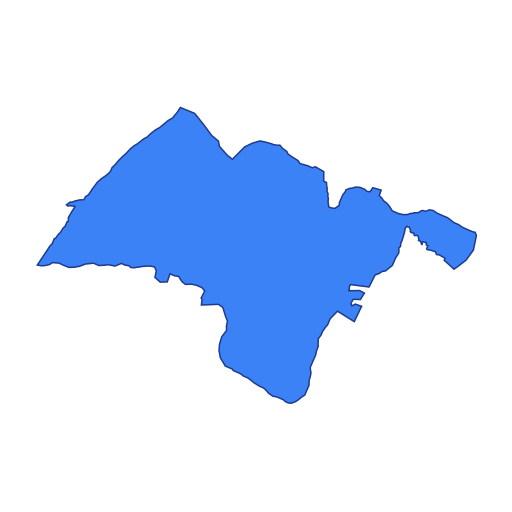 Shendam, Plateau, Nigeria (Mercator projection), rotated 116°
{"feature_id": "59680162B53080807091718", "entity_name": "Shendam", "entity_type": "district", "adm_level": 2, "iso_a3": "NGA", "parent_name": "Nigeria", "parent_adm1": "Plateau", "projection": "mercator", "projection_center": [9.53, 8.741], "detail": "fine", "context": "isolated", "style": "filled", "palette": "blue", "viewbox_px": 512, "rotation_deg": 116, "n_neighbors": 0, "source": "geoboundaries", "source_scale": "gbopen_adm2", "svg_char_len": 4503}
<svg xmlns="http://www.w3.org/2000/svg" viewBox="0 0 512 512"><g transform="rotate(116 256 256)"><path d="M360.0,448.6L359.0,444.9L357.2,441.6L354.1,437.8L351.1,435.9L350.0,433.0L348.8,430.1L348.7,426.1L348.5,422.1L348.3,419.2L345.1,413.3L344.1,412.4L343.0,410.5L340.0,407.6L337.9,405.7L336.8,403.8L333.7,399.0L333.4,393.0L330.2,387.2L329.2,386.2L328.1,383.3L326.9,378.4L321.7,373.7L321.6,369.7L320.4,365.8L321.3,363.7L320.2,360.8L317.0,356.0L314.9,353.1L313.8,351.2L311.7,347.3L310.5,343.4L310.5,342.1L313.2,339.0L319.5,337.5L319.8,336.5L321.5,330.7L318.2,324.4L309.7,325.5L309.5,320.5L308.3,316.6L308.3,316.3L310.0,313.9L311.6,311.0L312.4,306.9L309.6,301.6L308.4,296.7L308.1,290.8L309.9,286.7L317.9,286.9L318.7,285.4L324.0,283.6L315.9,268.6L316.7,263.6L317.6,262.5L324.2,256.3L327.0,253.1L331.9,251.9L333.8,250.9L335.7,249.8L339.6,250.6L343.6,251.4L351.4,250.1L354.4,248.9L354.7,248.8L357.2,247.8L360.0,245.7L362.9,243.6L363.8,242.5L365.6,239.5L368.4,235.4L368.2,232.4L368.1,229.4L368.0,227.6L368.0,227.4L368.9,226.4L368.8,223.4L368.6,218.5L369.4,214.5L369.2,209.5L370.0,205.5L370.8,202.5L371.5,195.5L371.3,191.5L372.1,188.5L373.9,184.4L374.6,179.4L374.1,177.4L373.5,175.5L373.3,170.5L373.2,168.5L374.0,165.5L373.9,162.5L372.8,159.6L370.7,157.7L369.7,156.7L366.7,154.9L362.7,153.1L359.6,151.2L355.7,151.4L351.8,151.6L348.9,151.7L344.1,153.9L342.1,154.0L337.3,155.2L332.5,158.4L330.5,158.5L325.8,158.7L325.6,158.7L318.8,159.0L313.9,160.2L310.0,160.4L308.1,161.5L303.3,163.7L298.4,162.9L294.5,163.1L289.5,162.3L286.5,161.5L282.6,161.7L279.7,161.8L269.9,158.6L271.9,138.9L259.4,139.0L259.2,139.0L254.9,139.0L255.7,145.7L258.8,147.9L257.0,149.9L252.3,149.7L249.4,143.1L241.8,142.3L241.6,147.7L246.5,157.3L245.2,157.4L243.2,158.5L240.3,158.6L234.3,140.8L220.8,140.6L217.8,137.7L214.7,135.9L212.6,133.0L210.6,132.1L204.6,129.3L200.7,129.5L196.8,129.7L190.9,129.0L188.0,130.1L186.1,131.2L184.1,130.3L181.2,131.4L178.3,131.5L169.5,132.9L165.6,134.1L163.2,133.4L163.5,133.0L162.8,131.1L165.3,128.1L166.3,128.2L167.0,126.6L166.3,124.8L166.4,123.9L167.9,123.1L168.1,122.3L166.7,120.0L166.9,119.3L169.6,116.9L170.7,116.8L170.9,116.1L170.5,115.2L171.6,113.3L172.7,112.7L172.9,111.9L172.2,111.9L171.1,112.8L170.2,112.4L169.4,108.8L171.4,107.9L171.4,106.0L174.5,105.9L175.3,105.0L174.2,101.7L173.9,99.1L173.5,96.6L175.6,94.4L174.7,92.1L174.8,90.5L175.1,85.2L177.4,84.9L178.3,81.6L179.8,76.4L181.1,72.3L176.2,69.6L167.7,65.4L155.4,63.2L140.9,66.9L138.6,69.5L139.2,71.6L139.4,74.6L139.5,77.5L139.7,82.5L139.0,87.5L139.1,90.5L139.2,92.5L138.9,94.2L138.4,96.5L137.6,100.5L137.7,102.5L137.8,104.5L138.0,108.5L138.1,112.4L137.4,116.5L138.5,120.4L140.6,122.3L141.6,123.2L141.7,125.2L142.7,127.2L145.8,129.0L147.9,132.9L148.9,133.8L150.0,135.8L152.1,137.7L154.2,141.6L155.4,146.5L155.6,150.5L155.7,153.4L154.5,155.2L153.0,157.5L151.2,161.6L150.4,165.6L148.6,168.7L147.7,171.7L141.9,172.4L143.4,181.0L148.2,181.6L149.3,184.6L148.4,187.6L148.6,190.6L148.7,192.5L149.8,195.5L150.9,197.4L152.9,199.3L154.0,201.3L155.0,202.2L157.0,204.1L159.0,204.0L163.0,204.8L165.9,204.7L167.9,204.6L171.8,204.4L173.7,203.4L175.7,204.3L178.7,206.1L179.9,210.0L180.0,212.0L177.1,214.1L175.2,215.2L172.3,216.3L171.4,217.4L168.5,218.5L166.6,220.6L163.7,221.7L162.8,222.7L159.0,224.9L159.1,227.9L153.1,230.8L150.5,232.0L150.0,238.7L149.7,241.7L152.0,244.1L152.1,247.1L152.2,249.1L153.6,256.9L153.6,257.0L151.8,260.0L151.1,267.0L150.3,272.0L148.5,274.1L147.7,279.1L145.9,283.2L147.0,285.1L148.2,289.0L148.3,291.0L149.4,297.0L149.6,297.9L150.8,302.8L153.4,305.7L156.5,309.0L162.9,314.0L179.4,319.6L178.0,326.1L173.4,337.1L169.2,340.1L167.1,348.7L160.9,360.5L154.7,373.7L155.7,389.1L161.6,389.8L164.6,390.6L168.6,391.5L172.6,394.3L176.6,396.1L182.6,398.8L186.7,401.6L192.1,404.3L196.9,406.0L199.9,408.3L204.6,410.5L207.0,411.7L210.6,414.0L214.2,415.7L221.3,417.9L223.7,419.0L225.3,419.6L230.2,421.3L234.9,422.4L239.7,424.1L243.6,423.9L245.8,424.5L249.5,426.1L250.5,426.7L252.4,427.8L254.5,429.0L256.8,429.9L258.4,430.6L259.5,431.0L264.6,431.9L266.7,432.4L270.6,432.9L274.4,433.4L277.5,435.3L279.4,435.2L281.0,435.5L282.8,439.0L285.8,442.7L288.2,444.9L288.8,446.2L289.0,446.7L291.0,447.7L293.0,448.8L293.6,447.3L292.1,444.6L291.0,441.3L290.7,440.3L291.7,440.4L297.8,441.1L303.7,441.5L307.1,439.9L308.1,440.8L313.0,440.6L315.0,441.5L320.9,442.2L323.0,443.1L327.9,443.9L328.9,444.9L332.8,444.7L334.8,444.6L336.8,445.5L339.7,445.9L343.1,446.3L344.6,446.5L345.5,446.7L348.2,447.0L360.0,448.6Z" fill="#3b82f6" stroke="#1e3a8a" stroke-width="1.5"/></g></svg>